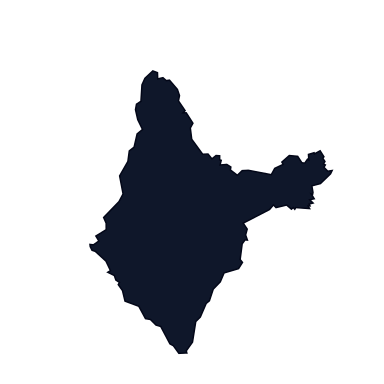 Debartsa, Debarca, North Macedonia, rotated 228°
{"feature_id": "65306769B78023528365293", "entity_name": "Debartsa", "entity_type": "district", "adm_level": 2, "iso_a3": "MKD", "parent_name": "North Macedonia", "parent_adm1": "Debarca", "projection": "natural_earth1", "projection_center": [20.818, 41.302], "detail": "fine", "context": "isolated", "style": "filled", "palette": "ink", "viewbox_px": 384, "rotation_deg": 228, "n_neighbors": 0, "source": "geoboundaries", "source_scale": "gbopen_adm2", "svg_char_len": 1738}
<svg xmlns="http://www.w3.org/2000/svg" viewBox="0 0 384 384"><g transform="rotate(228 192 192)"><path d="M76.4,79.8L75.8,80.4L77.8,81.5L80.1,91.9L93.2,108.1L93.5,114.5L99.7,128.0L99.5,132.1L105.6,142.8L106.3,152.9L110.4,161.7L103.9,175.3L105.9,182.4L109.6,182.6L119.9,194.6L120.9,199.4L119.2,201.0L124.2,203.1L127.5,208.2L134.6,209.2L127.1,237.9L127.9,243.9L124.2,244.0L119.0,253.6L112.7,254.4L112.7,256.8L110.4,256.8L111.0,258.7L101.0,268.3L103.9,268.9L102.7,270.4L104.7,270.9L102.8,274.6L107.5,274.3L105.2,278.3L110.9,279.3L109.6,280.1L110.7,281.6L116.4,285.2L112.3,293.1L112.8,307.1L114.2,310.5L116.6,306.8L122.1,306.6L122.9,309.2L124.9,308.4L125.7,311.2L129.6,311.8L129.9,313.6L136.9,314.8L138.4,308.4L139.5,309.0L142.0,303.7L137.6,300.2L139.1,299.8L138.0,295.1L140.2,293.2L147.8,294.4L154.0,288.7L154.1,278.8L151.5,278.3L154.2,269.3L151.8,262.5L170.4,248.4L174.3,243.6L174.1,236.9L182.7,235.3L184.6,237.6L189.2,236.3L193.3,230.9L196.0,234.9L197.4,234.1L200.4,236.8L203.0,234.3L203.3,229.0L209.5,229.3L212.9,225.2L231.4,227.1L240.7,233.6L242.5,238.7L254.7,240.7L256.9,238.2L257.1,241.3L268.8,242.9L272.0,247.2L278.0,249.8L290.2,250.1L292.0,247.4L296.4,246.9L299.0,242.2L303.8,246.2L308.2,243.9L308.0,233.1L305.1,226.5L293.6,214.8L294.4,209.5L291.0,205.1L282.1,200.1L271.6,197.1L271.9,190.1L264.1,179.0L264.5,172.9L257.6,164.8L252.4,149.0L236.7,139.5L233.7,131.3L232.2,109.3L226.2,107.3L221.4,103.0L223.6,91.1L217.9,90.0L218.7,83.4L221.3,81.1L219.5,79.8L215.6,78.7L212.6,80.4L198.2,81.8L188.1,78.8L188.7,75.7L181.9,78.4L177.5,76.5L173.3,77.6L172.5,75.2L165.3,74.4L155.7,69.2L142.7,76.0L129.0,72.7L125.1,75.8L117.2,76.2L113.0,78.8L93.9,74.0L90.2,75.3L80.9,74.3L76.4,79.8Z" fill="#0f172a" stroke="#020617" stroke-width="1.5"/></g></svg>